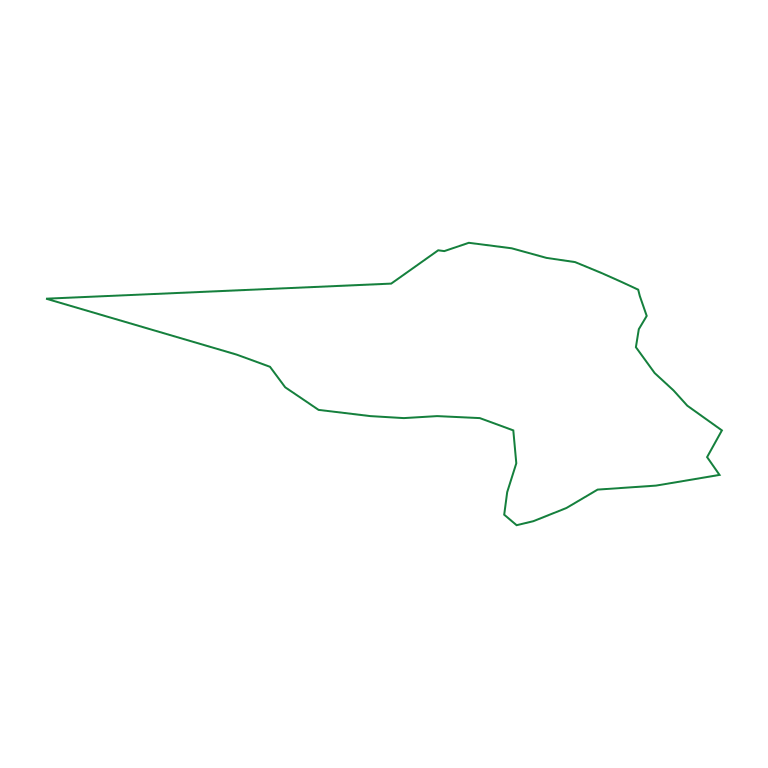 the district of Gullspång, Västra Götaland, Sweden
{"feature_id": "70781695B77814656475649", "entity_name": "Gullspång", "entity_type": "district", "adm_level": 2, "iso_a3": "SWE", "parent_name": "Sweden", "parent_adm1": "Västra Götaland", "projection": "robinson", "projection_center": [14.167, 58.943], "detail": "fine", "context": "isolated", "style": "outline", "palette": "green", "viewbox_px": 768, "rotation_deg": 0, "n_neighbors": 0, "source": "geoboundaries", "source_scale": "gbopen_adm2", "svg_char_len": 605}
<svg xmlns="http://www.w3.org/2000/svg" viewBox="0 0 768 768"><path d="M46.1,298.7L236.6,354.6L270.0,366.8L285.2,387.3L318.6,409.9L370.3,416.1L403.8,418.1L437.2,416.1L479.8,418.1L513.3,430.4L516.3,463.3L507.2,492.1L504.2,514.7L516.6,525.2L533.3,521.2L566.4,508.0L597.6,489.6L656.0,485.6L719.5,474.9L707.1,457.1L721.9,430.4L687.3,405.7L673.5,390.4L654.7,373.1L635.9,347.2L638.8,329.2L645.9,317.3L646.7,315.9L639.8,296.0L638.2,289.7L621.9,282.1L601.7,273.1L575.1,262.1L546.5,257.9L511.7,248.3L468.8,242.8L444.3,251.1L438.2,250.3L391.2,283.6L46.1,298.7Z" fill="none" stroke="#15803d" stroke-width="2"/></svg>